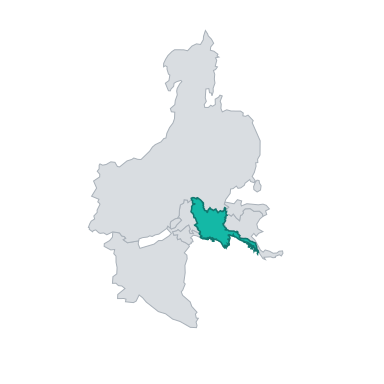 Myanmar highlighted among its neighbors, rotated 312°
{"feature_id": "MMR", "entity_name": "Myanmar", "entity_type": "country or territory", "adm_level": 0, "iso_a3": "MMR", "parent_name": "Asia", "parent_adm1": "", "projection": "albers", "projection_center": [96.922, 19.196], "detail": "fine", "context": "with_neighbors", "style": "filled", "palette": "teal", "viewbox_px": 384, "rotation_deg": 312, "n_neighbors": 6, "source": "natural_earth", "source_scale": "50m", "svg_char_len": 11947}
<svg xmlns="http://www.w3.org/2000/svg" viewBox="0 0 384 384"><g transform="rotate(312 192 192)"><path d="M221.5,261.0L217.3,260.5L211.5,261.6L208.8,265.6L210.0,271.2L205.9,269.2L202.0,269.3L202.6,265.7L198.6,265.8L198.4,270.9L194.6,281.8L194.9,285.1L197.9,285.2L199.9,289.4L200.8,293.3L203.5,295.9L206.3,296.4L208.8,298.7L207.3,300.6L204.2,301.2L203.8,298.9L199.9,297.0L199.1,297.8L197.3,296.1L196.4,293.8L191.6,289.1L190.9,291.8L190.0,289.3L191.8,282.0L196.4,272.8L194.6,268.6L194.1,263.9L190.0,257.9L191.5,257.0L193.1,253.0L186.3,242.4L188.1,241.6L190.1,236.5L193.1,236.3L198.1,233.1L200.0,234.5L200.3,237.3L203.3,237.4L202.3,242.4L202.5,246.6L207.1,243.7L208.4,244.4L211.0,244.2L211.8,242.6L215.1,242.8L218.6,246.4L219.1,251.0L222.9,254.9L222.9,258.8L221.5,261.0Z" fill="#d9dde1" stroke="#a8b0b8" stroke-width="1"/><path d="M231.2,260.8L227.2,259.3L225.3,262.6L221.5,261.0L222.9,258.8L222.9,254.9L219.1,251.0L218.6,246.4L215.1,242.8L211.8,242.6L211.0,244.2L208.4,244.4L207.1,243.7L202.5,246.6L202.3,242.4L203.3,237.4L200.3,237.3L200.0,234.5L198.1,233.1L199.0,231.4L202.6,228.2L203.0,229.3L205.3,229.4L204.5,224.1L206.7,223.3L211.4,231.1L216.7,230.9L218.6,234.9L215.8,236.3L214.7,238.0L220.0,240.6L226.9,249.9L230.5,252.9L231.8,256.1L231.2,260.8Z" fill="#d9dde1" stroke="#a8b0b8" stroke-width="1"/><path d="M186.0,196.8L186.3,198.5L184.8,199.4L185.2,202.2L182.2,201.4L176.8,204.5L176.9,207.2L174.5,211.0L174.3,213.3L172.4,217.1L169.1,216.0L168.8,220.8L167.8,222.4L168.2,224.4L166.1,225.4L164.0,218.0L162.9,218.0L162.1,220.9L159.8,218.4L161.2,215.8L163.1,215.6L165.2,211.7L162.8,210.9L154.9,210.0L154.7,206.8L152.7,206.5L149.5,204.3L147.8,207.4L150.7,210.0L148.0,211.6L147.0,213.2L149.6,214.6L148.7,217.4L150.0,220.9L150.5,224.8L149.8,226.5L141.6,227.0L141.6,230.5L139.1,233.1L132.7,235.9L127.4,241.0L119.3,246.4L119.1,248.5L112.7,250.8L110.6,250.8L108.9,254.2L109.1,264.2L106.8,268.4L106.0,276.2L103.6,276.2L101.2,279.5L102.4,281.2L98.1,282.0L96.2,285.0L94.2,286.1L90.3,281.3L87.8,269.8L84.6,262.7L83.8,253.8L80.6,247.0L79.6,231.7L80.4,226.1L80.1,221.6L73.5,223.5L70.6,222.5L65.9,216.0L68.2,214.7L67.3,212.7L63.0,208.0L66.2,205.4L75.4,206.8L75.2,202.7L73.2,200.0L73.3,196.5L70.9,194.0L76.2,189.9L80.8,190.9L85.8,186.8L89.0,182.5L93.5,178.4L93.8,175.2L97.5,173.0L94.6,170.4L92.8,163.1L94.9,161.4L100.8,163.3L105.2,163.1L109.4,159.8L113.1,165.5L112.3,169.1L113.6,171.6L113.3,173.8L110.5,172.9L111.1,178.0L120.0,185.0L117.3,186.9L115.3,191.0L127.9,198.7L133.6,199.7L135.8,202.2L143.9,204.3L147.4,204.4L148.0,197.6L150.5,196.8L150.7,201.4L154.4,203.3L157.1,202.7L164.0,203.1L164.3,200.2L162.7,198.7L166.0,198.2L169.9,194.9L174.6,192.0L178.1,193.2L181.0,191.3L182.9,194.1L181.5,196.1L186.0,196.8Z" fill="#d9dde1" stroke="#a8b0b8" stroke-width="1"/><path d="M166.1,225.4L165.9,228.8L164.4,228.0L164.6,231.8L162.5,224.7L160.8,221.9L156.9,221.6L157.2,223.5L155.8,226.1L154.0,225.0L153.3,225.9L150.5,224.8L150.0,220.9L148.7,217.4L149.6,214.6L147.0,213.2L148.0,211.6L150.7,210.0L147.8,207.4L149.5,204.3L152.7,206.5L154.7,206.8L154.9,210.0L162.8,210.9L165.2,211.7L163.1,215.6L161.2,215.8L159.8,218.4L162.1,220.9L162.9,218.0L164.0,218.0L166.1,225.4Z" fill="#d9dde1" stroke="#a8b0b8" stroke-width="1"/><path d="M160.9,197.4L164.3,200.2L164.0,203.1L157.1,202.7L154.4,203.3L150.7,201.4L150.7,200.4L153.6,197.1L155.9,196.0L160.9,197.4Z" fill="#d9dde1" stroke="#a8b0b8" stroke-width="1"/><path d="M239.3,241.6L235.6,240.4L235.2,236.4L237.2,234.2L241.8,232.5L244.3,232.4L245.4,234.1L243.7,236.3L242.9,239.1L239.3,241.6ZM121.7,131.0L121.6,128.6L124.3,127.7L121.7,120.2L131.1,118.5L134.3,111.5L141.4,113.3L143.5,111.6L144.0,107.7L147.0,107.5L149.9,105.0L151.3,104.8L152.1,107.6L155.0,109.8L160.1,111.5L162.5,114.9L161.0,119.5L162.2,121.4L171.6,122.9L176.0,125.5L178.3,126.0L180.0,129.9L182.1,132.4L194.0,133.2L199.0,132.5L202.7,133.0L208.4,135.4L212.9,135.3L214.7,136.5L218.9,134.0L224.9,132.2L230.5,131.7L234.8,129.9L239.8,125.8L237.8,123.0L239.5,120.1L245.4,120.8L248.9,118.3L254.3,116.1L256.7,113.1L259.1,111.7L264.3,110.5L267.2,110.6L267.5,109.1L263.8,106.8L260.8,105.9L258.2,107.7L254.5,107.5L252.6,108.2L251.5,106.7L255.0,99.4L259.4,100.3L264.1,97.3L263.9,95.6L266.6,91.2L268.4,89.7L268.0,87.7L266.0,87.1L268.6,84.9L272.9,83.6L277.4,82.8L282.8,83.1L286.1,83.9L292.1,90.7L294.0,94.2L300.4,94.3L305.1,96.2L307.3,99.6L312.7,98.5L315.4,96.4L321.0,93.9L319.9,97.9L318.9,99.6L318.6,104.2L317.0,108.6L312.4,108.8L309.6,110.8L311.3,114.1L311.7,119.1L309.8,119.6L310.3,121.7L307.4,119.7L306.4,122.3L301.0,125.1L302.0,127.2L298.7,127.6L296.7,126.6L294.7,130.1L290.9,133.0L288.3,136.2L283.2,138.3L280.7,140.7L276.8,142.5L278.5,140.2L277.5,138.6L280.1,135.3L277.8,133.4L270.8,138.9L268.9,142.0L265.1,142.6L263.4,144.9L265.8,147.6L269.0,147.9L269.4,149.9L272.6,150.8L276.5,147.1L280.2,148.3L282.7,148.0L283.6,150.2L278.3,152.2L276.9,154.9L273.4,157.6L271.8,160.9L276.3,162.8L278.4,167.0L284.6,173.9L285.0,177.2L282.7,178.8L284.0,181.1L286.6,182.2L286.0,189.7L283.7,190.5L275.7,208.3L265.0,217.8L260.3,218.8L257.9,221.2L256.3,219.8L254.1,222.3L248.3,225.2L243.8,226.3L242.8,231.3L240.4,231.8L239.0,228.5L239.9,226.6L234.0,225.5L232.1,226.4L227.7,225.5L225.5,223.7L226.1,221.0L222.1,220.3L220.0,218.7L216.5,221.3L209.0,222.1L204.5,224.1L205.3,229.4L203.0,229.3L202.4,226.3L199.3,227.7L194.2,225.2L195.4,221.3L192.7,220.5L191.6,216.2L187.2,217.0L187.7,211.5L191.6,207.6L191.6,200.2L189.8,199.1L188.4,196.4L186.0,196.8L181.5,196.1L182.9,194.1L181.0,191.3L178.1,193.2L174.6,192.0L169.9,194.9L166.0,198.2L162.7,198.7L160.9,197.4L155.9,196.0L153.6,197.1L150.7,200.4L150.5,196.8L148.0,197.6L138.6,195.6L135.4,193.3L132.3,192.2L131.1,189.9L128.8,189.1L125.0,185.8L121.8,184.1L120.0,185.0L111.1,178.0L110.5,172.9L113.3,173.8L113.6,171.6L112.3,169.1L113.1,165.5L109.4,159.8L103.2,157.3L102.5,153.8L99.8,151.4L99.3,150.0L99.4,145.8L97.2,144.5L95.9,144.8L95.5,140.6L96.7,139.8L96.3,138.7L100.2,137.2L102.9,136.6L106.8,137.7L108.5,135.1L113.4,135.2L115.0,133.6L121.1,131.9L121.7,131.0Z" fill="#d9dde1" stroke="#a8b0b8" stroke-width="1"/><path d="M198.1,233.6L197.4,233.1L197.1,233.1L196.4,233.6L195.3,233.4L195.5,234.2L195.4,234.4L194.8,234.7L194.1,234.6L193.6,234.6L193.4,234.9L193.3,235.8L192.9,236.2L192.3,236.2L190.6,236.6L190.0,236.6L189.5,236.3L189.0,236.3L188.9,236.8L188.2,237.7L188.1,239.2L187.7,239.8L187.7,240.2L187.9,241.8L186.9,242.2L186.3,242.1L186.6,242.8L186.9,243.1L187.4,243.1L187.4,243.3L187.9,244.8L187.7,245.4L190.2,248.5L191.0,249.3L191.1,249.6L191.2,250.4L192.0,252.3L192.8,251.8L193.0,252.2L192.9,252.7L192.7,253.0L191.7,253.6L191.6,254.9L191.6,256.8L191.1,256.8L190.0,257.5L190.0,258.6L190.2,259.3L191.7,261.4L193.3,262.9L194.3,264.4L194.5,266.7L194.2,267.3L194.2,267.6L194.5,267.9L194.7,268.9L195.5,269.8L195.5,270.2L195.8,271.5L196.1,271.9L196.6,273.4L196.4,273.8L195.9,274.2L194.7,276.5L192.7,278.6L192.8,279.7L192.5,280.8L192.3,280.8L191.8,281.5L191.5,280.8L191.6,280.0L191.4,278.5L191.7,278.2L192.3,277.1L192.3,276.4L192.6,275.9L192.6,274.3L192.8,274.0L193.2,273.7L192.9,273.4L192.4,273.7L192.1,273.6L192.1,272.8L192.3,272.6L192.2,271.8L192.3,271.4L191.9,271.3L192.0,271.0L192.3,270.8L192.0,270.4L192.2,269.9L192.2,269.3L191.8,267.0L191.4,266.4L191.0,265.5L190.2,264.4L190.2,263.4L190.0,263.2L189.8,264.8L189.6,264.5L189.5,263.2L189.6,262.4L189.1,261.6L188.7,260.1L188.8,259.9L189.2,260.1L188.8,259.6L188.5,259.7L188.3,259.2L188.2,257.6L188.0,257.1L188.1,256.5L187.8,254.4L187.2,253.7L187.5,252.7L187.4,251.7L187.8,251.2L187.4,251.3L186.3,251.4L186.1,250.7L185.8,250.4L185.6,249.7L185.4,248.9L185.5,248.7L184.0,247.3L184.2,247.8L184.0,248.2L184.2,249.0L183.6,250.5L183.0,251.2L182.1,251.5L181.8,251.4L181.5,251.1L181.3,250.3L181.0,250.3L181.2,251.2L181.6,251.8L180.8,252.2L180.4,252.2L180.2,252.6L179.1,253.0L178.8,253.9L178.2,254.6L177.5,255.1L177.1,254.9L177.1,254.4L177.4,253.9L177.3,253.4L177.2,253.7L176.5,254.6L175.5,254.6L175.3,253.9L175.3,252.9L175.1,253.6L174.8,253.9L174.2,254.2L174.2,253.5L174.5,251.9L174.5,251.4L174.3,252.2L173.9,252.4L173.3,253.3L172.6,253.7L172.3,253.7L172.3,253.2L172.5,251.3L172.9,250.8L173.1,249.7L173.4,249.3L173.5,248.5L173.9,247.7L174.0,246.5L173.9,245.8L173.6,245.3L173.4,243.5L172.7,242.1L172.6,241.6L172.3,241.0L172.6,241.0L171.9,240.4L171.8,240.2L171.8,238.4L171.6,238.9L171.3,239.0L171.4,239.8L171.2,240.2L170.2,239.6L169.4,238.0L169.7,237.8L170.4,238.5L170.8,238.6L171.4,238.2L171.6,237.7L170.9,237.2L170.6,236.9L170.5,236.5L169.9,236.1L170.3,235.5L169.8,235.5L169.1,234.8L168.4,234.7L168.0,234.8L168.1,235.5L167.8,235.7L167.3,234.6L167.7,234.1L167.4,234.1L167.6,233.2L167.3,233.6L166.8,234.3L166.4,234.0L166.8,233.4L166.7,233.0L166.2,232.3L166.2,232.8L166.1,233.6L165.6,232.7L164.7,231.6L164.4,231.2L164.2,229.9L164.0,229.7L163.9,228.9L164.3,228.2L164.5,228.2L165.4,228.8L165.5,229.0L165.8,228.8L165.7,228.1L165.7,225.7L165.9,225.6L166.2,225.0L166.5,225.1L166.9,225.6L167.1,225.7L167.3,225.6L167.7,224.8L168.2,224.6L168.2,224.0L167.9,222.3L168.3,221.4L168.3,220.8L168.9,220.9L169.1,220.6L169.3,219.4L169.4,217.8L169.0,216.3L169.1,216.1L169.8,216.5L170.6,216.4L172.2,217.0L172.5,217.0L173.2,214.9L174.4,212.9L175.0,211.6L174.8,211.2L174.3,210.8L174.5,210.3L174.8,209.7L175.3,209.4L176.0,208.6L176.2,208.2L176.3,207.6L176.8,207.0L176.6,206.3L176.5,205.6L176.5,205.0L176.8,204.4L178.2,203.7L180.1,202.4L180.7,201.6L181.3,201.4L183.5,201.1L183.8,201.2L184.1,201.8L184.4,202.0L184.8,202.1L185.0,202.1L185.0,201.8L184.2,200.6L184.1,199.9L184.5,199.4L185.5,198.5L186.0,198.3L186.0,197.8L185.9,197.6L185.9,197.0L186.8,195.6L187.3,195.7L187.8,196.3L188.3,196.3L189.1,197.3L189.3,198.1L190.0,200.0L190.4,199.6L190.6,199.5L191.4,199.9L191.8,203.9L191.6,205.8L191.6,206.3L191.6,206.5L191.2,206.7L191.1,206.9L191.5,207.6L191.5,207.8L191.4,208.0L190.7,208.2L190.2,209.1L189.5,209.1L189.4,209.2L189.2,209.9L188.9,210.5L188.5,210.8L188.1,210.7L187.6,211.7L187.7,212.5L187.1,212.9L186.8,213.6L186.9,214.2L187.4,214.7L187.6,215.4L187.5,215.9L187.0,216.6L187.0,216.9L187.5,217.0L188.9,216.2L189.7,216.0L191.0,215.9L191.3,216.2L192.4,215.9L192.4,216.0L191.8,216.6L191.7,216.9L191.7,217.2L192.2,217.7L192.4,218.2L192.2,218.7L192.6,219.4L192.5,220.2L193.4,220.5L194.9,220.8L195.1,220.9L195.3,221.3L194.8,221.9L194.6,222.5L194.6,223.4L194.1,224.5L193.9,224.9L194.0,225.2L195.7,225.3L197.1,225.6L197.2,225.8L197.2,226.6L197.2,226.8L197.4,227.1L197.9,227.3L197.9,227.8L198.0,228.0L198.4,228.2L199.0,228.0L199.8,228.2L200.1,228.1L200.4,228.0L201.1,227.3L202.1,226.8L202.3,226.8L202.4,227.6L202.2,228.1L201.5,228.6L201.1,228.8L200.8,228.9L200.2,230.1L199.9,230.4L199.8,230.7L199.9,230.9L200.3,231.0L200.0,231.2L199.3,231.2L199.0,231.3L198.7,231.6L198.4,232.3L198.1,233.6ZM170.3,237.1L171.3,237.7L171.1,238.2L170.8,238.3L170.5,238.2L170.4,237.8L170.0,237.4L170.3,237.1ZM191.1,269.6L191.3,269.8L191.3,270.2L190.9,270.8L190.6,270.9L190.7,270.0L190.5,269.6L190.6,269.3L191.0,269.4L191.1,269.6ZM170.2,241.2L169.6,240.8L169.3,240.3L169.9,240.2L170.4,240.3L170.3,241.0L170.2,241.2ZM191.7,273.6L191.6,274.5L191.2,274.4L190.9,273.4L191.6,273.3L191.7,273.6ZM173.4,254.0L173.1,254.5L173.0,253.8L174.0,252.8L174.1,253.1L173.8,253.7L173.4,254.0ZM187.2,252.7L186.8,252.4L186.7,251.7L187.0,251.5L187.3,251.8L187.2,252.7ZM190.5,274.3L190.2,274.9L190.1,274.4L190.6,273.4L190.5,274.3ZM190.2,277.3L190.6,278.1L190.5,278.3L189.9,277.5L189.6,277.6L190.0,277.1L190.2,277.3ZM192.0,272.6L191.4,272.9L191.3,272.0L191.6,272.4L192.0,272.6ZM190.6,281.6L189.8,282.2L189.9,281.8L190.3,281.5L190.6,281.4L190.6,281.6ZM167.1,234.8L167.4,235.8L167.2,235.6L166.9,235.0L166.9,234.6L167.1,234.8ZM190.6,267.3L190.6,268.1L190.3,267.7L190.4,266.8L190.6,267.3ZM169.4,235.5L169.5,236.2L169.2,235.9L169.1,235.2L169.4,235.5ZM189.8,271.7L189.5,271.7L189.4,271.4L189.5,271.1L189.8,271.7ZM189.5,270.6L189.2,271.1L188.9,270.8L189.1,270.6L189.5,270.6ZM189.6,273.7L189.6,274.1L189.3,273.8L189.2,273.1L189.6,273.7ZM175.0,254.3L174.8,254.7L174.5,254.6L175.0,254.1L175.0,254.3ZM191.7,277.2L191.4,277.1L191.6,276.6L191.7,277.2Z" fill="#14b8a6" stroke="#0f766e" stroke-width="1.5"/></g></svg>